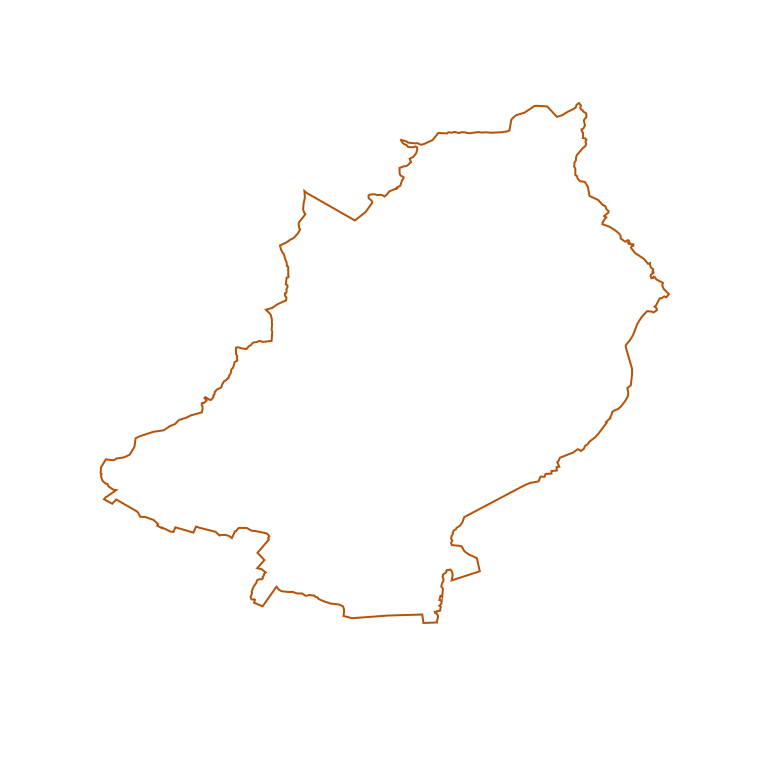 the district of Pomezeu, Bihor, Romania, rotated 349°
{"feature_id": "2599482B80861460675946", "entity_name": "Pomezeu", "entity_type": "district", "adm_level": 2, "iso_a3": "ROU", "parent_name": "Romania", "parent_adm1": "Bihor", "projection": "robinson", "projection_center": [22.3, 46.795], "detail": "fine", "context": "isolated", "style": "outline", "palette": "amber", "viewbox_px": 768, "rotation_deg": 349, "n_neighbors": 0, "source": "geoboundaries", "source_scale": "gbopen_adm2", "svg_char_len": 6138}
<svg xmlns="http://www.w3.org/2000/svg" viewBox="0 0 768 768"><g transform="rotate(349 384 384)"><path d="M441.9,572.6L435.0,567.7L431.1,563.7L429.3,558.4L428.1,557.5L419.9,555.1L419.5,552.8L421.2,550.8L420.4,548.5L421.4,545.9L422.0,545.7L423.1,544.0L423.0,543.2L424.6,541.1L427.1,540.2L427.7,539.1L431.6,537.6L434.7,534.5L437.3,530.0L500.9,510.7L508.1,509.0L517.1,509.1L520.0,504.8L523.9,505.7L525.4,503.1L531.3,503.9L531.8,501.4L537.2,501.9L537.5,498.6L540.3,498.6L539.1,493.9L540.6,492.8L542.7,489.9L556.8,487.3L561.6,485.0L563.0,485.7L564.5,487.3L567.9,485.7L569.5,483.2L572.3,482.1L574.5,479.9L581.2,476.5L584.4,474.2L595.2,464.5L594.6,463.8L600.0,460.4L599.8,459.7L601.5,457.5L602.8,454.9L605.2,453.9L608.8,453.3L612.0,451.5L617.3,446.9L621.2,442.4L622.1,439.5L622.1,434.4L625.9,432.5L629.4,421.8L630.4,416.2L628.3,393.7L628.8,392.0L633.8,387.9L637.8,383.5L644.3,373.1L649.7,367.4L656.2,362.7L660.3,363.9L662.3,365.2L666.1,363.5L665.9,361.4L664.4,359.6L666.0,358.8L670.4,353.2L671.3,352.4L672.7,352.8L675.8,351.5L677.6,352.8L680.8,350.2L676.7,344.0L675.9,340.4L677.1,338.0L671.3,333.3L670.1,330.7L669.2,330.1L668.3,331.3L666.7,331.2L666.3,328.8L666.8,327.7L669.8,326.4L669.7,324.9L669.1,324.9L670.1,322.6L668.2,320.5L667.8,317.3L668.2,316.1L666.1,316.4L663.2,311.0L655.5,303.4L652.4,297.4L653.7,295.8L655.0,296.0L655.3,295.3L654.7,294.8L655.0,294.4L650.9,293.1L650.6,292.0L651.9,291.8L651.4,290.9L651.8,290.2L651.4,289.6L650.3,289.3L648.5,290.4L647.3,289.7L644.0,286.2L644.6,283.8L643.7,281.5L640.6,277.6L635.7,272.9L628.9,268.8L629.3,267.4L631.9,264.4L634.0,262.8L632.1,261.1L636.7,258.7L637.5,257.2L635.6,254.6L635.2,251.6L633.0,250.1L629.3,244.2L621.6,238.6L621.8,229.5L619.7,223.9L615.0,222.3L613.2,219.2L613.2,216.8L611.7,215.5L612.9,209.1L612.1,206.6L612.6,205.8L613.0,203.4L615.1,200.9L615.9,197.9L617.1,196.0L624.3,190.3L626.9,189.0L628.3,186.9L628.0,184.3L629.3,183.0L628.4,181.3L626.2,180.5L627.3,175.5L626.7,174.4L626.4,171.8L628.5,171.2L630.6,168.6L630.5,163.6L631.6,161.9L633.3,161.0L634.0,159.0L634.1,156.8L631.6,154.6L631.2,153.2L629.6,151.8L629.3,150.2L630.5,148.3L629.0,145.4L626.3,146.7L624.9,149.2L622.9,150.1L615.4,152.1L610.4,154.1L604.8,154.8L597.2,142.7L587.7,140.2L584.9,139.8L573.6,144.5L565.1,145.3L561.8,147.1L559.8,148.5L559.0,149.9L555.5,159.1L553.5,159.5L548.3,159.4L537.6,157.9L532.3,156.4L527.6,155.8L524.9,154.7L515.7,154.2L510.3,152.0L507.2,151.6L505.3,151.9L500.9,149.9L498.8,150.3L495.2,149.2L493.8,150.1L485.2,147.9L478.3,153.8L469.4,156.0L466.1,156.3L462.7,153.9L461.1,153.9L453.6,151.6L452.7,150.4L447.4,147.6L447.1,147.9L448.2,150.7L449.2,152.1L451.7,153.7L452.9,156.0L457.7,157.2L460.2,156.8L461.5,157.9L461.5,159.8L459.5,163.8L455.9,166.7L452.2,167.8L452.9,171.5L451.7,171.7L450.2,173.1L447.4,174.4L444.9,174.1L440.4,174.9L439.5,180.8L440.1,182.6L442.7,184.7L442.3,185.9L440.4,187.8L437.8,192.5L434.0,193.6L434.3,194.4L433.2,194.9L432.1,194.7L426.5,195.8L424.9,196.7L423.3,198.4L420.2,200.1L418.5,198.4L416.5,197.5L413.9,197.4L410.5,195.8L405.7,195.4L404.7,196.2L404.4,198.7L406.8,201.6L407.1,203.8L398.7,211.7L386.6,217.9L344.2,181.4L342.7,179.4L341.9,185.9L339.3,192.1L337.9,197.4L338.3,200.1L339.2,202.4L331.3,209.2L330.5,212.0L330.6,215.5L331.2,216.2L328.5,219.5L323.3,223.4L319.7,224.4L315.2,226.4L308.3,228.2L308.5,232.0L309.4,235.4L310.5,237.6L310.9,242.9L311.6,246.1L311.2,249.8L312.2,250.4L312.2,252.1L311.6,253.4L311.6,255.2L310.8,258.3L310.9,260.4L310.3,261.1L309.0,260.9L308.5,261.6L306.7,267.5L308.0,268.7L307.8,270.5L306.2,272.6L306.0,274.8L305.0,276.2L304.1,276.1L303.7,278.4L304.7,280.3L303.9,283.2L294.9,285.3L288.6,288.0L282.3,288.6L285.3,293.0L286.1,294.9L286.2,299.9L285.6,302.0L285.6,303.9L284.1,309.0L284.2,311.8L281.9,320.2L273.2,319.6L270.0,317.9L267.0,318.6L264.0,318.3L262.5,318.9L261.0,320.3L258.6,321.1L255.7,323.4L251.4,322.0L247.5,320.0L245.6,320.2L244.4,326.3L245.3,328.8L244.6,330.0L244.6,332.9L241.6,334.0L239.0,339.2L237.0,340.5L235.3,344.7L233.9,345.9L232.4,348.5L232.2,348.3L229.0,350.6L227.9,350.5L227.1,351.2L224.8,353.8L223.8,356.0L222.8,356.7L218.9,357.5L216.4,359.5L215.5,362.0L214.3,362.6L214.0,364.4L210.9,366.8L208.9,365.5L206.7,363.2L205.8,362.9L205.1,363.5L206.4,365.5L206.7,366.5L203.2,368.4L202.6,367.9L201.5,368.1L201.0,370.1L201.6,371.2L201.1,374.1L199.6,377.2L188.8,377.9L183.6,379.3L177.0,380.1L174.9,380.8L171.3,383.4L165.8,384.5L158.9,387.4L148.3,386.9L133.7,388.8L129.8,389.9L127.1,398.0L120.9,404.9L114.9,406.4L107.2,406.1L105.2,407.0L103.1,407.0L96.6,404.9L90.3,411.8L88.9,417.2L88.9,418.1L89.5,418.4L88.6,420.7L89.1,424.7L89.7,426.2L91.8,428.6L93.5,429.5L94.0,431.9L97.8,435.8L100.9,437.1L88.7,442.4L87.2,443.7L94.3,449.7L99.1,446.3L117.0,461.8L118.0,463.3L119.4,467.8L124.5,469.1L131.9,473.5L135.5,478.5L134.3,479.8L138.6,483.2L138.9,482.6L146.4,488.2L149.1,489.0L151.9,484.9L168.6,493.5L172.3,488.1L175.4,489.9L190.4,496.9L193.6,501.3L195.6,501.1L199.5,501.9L202.6,503.4L205.3,506.2L209.7,500.1L210.5,500.4L213.3,497.9L214.5,497.6L221.9,499.2L226.0,502.7L230.0,503.9L240.0,508.1L241.7,510.0L242.4,511.7L240.8,513.1L241.3,514.7L227.6,525.6L233.0,534.0L224.4,540.6L228.6,542.5L232.0,546.5L230.3,547.2L229.4,549.2L228.1,550.2L228.1,551.4L227.2,552.3L224.2,551.9L222.7,552.1L221.6,552.9L220.7,554.9L217.6,557.7L215.1,561.5L214.6,562.4L214.6,564.2L212.4,567.4L212.6,569.6L213.3,570.4L215.6,570.6L216.2,571.1L214.7,573.9L222.4,579.1L239.7,562.5L241.7,566.0L244.0,567.9L250.0,569.8L254.9,570.7L258.4,572.9L263.6,574.0L266.6,576.9L270.8,577.0L275.5,578.6L276.2,580.0L278.1,580.9L278.8,582.6L283.6,585.9L289.4,589.2L297.6,591.8L301.2,594.3L301.7,596.8L301.5,599.4L300.0,604.0L308.0,607.8L344.2,612.1L377.6,617.6L377.1,626.1L390.5,628.2L390.7,626.7L392.7,623.0L392.7,621.3L391.9,619.8L391.9,618.9L390.6,618.7L390.4,617.4L391.9,617.9L392.7,617.0L395.8,617.2L397.2,613.5L396.0,612.2L398.4,610.7L398.8,608.6L399.3,608.3L399.2,607.2L397.2,606.6L398.9,602.8L400.0,602.6L400.5,604.1L402.8,596.1L401.6,593.7L403.3,590.1L404.5,589.3L405.2,586.7L404.7,584.4L405.3,583.5L405.4,582.4L409.3,580.6L409.5,579.1L409.8,578.8L414.0,578.9L415.1,582.0L414.8,585.3L412.9,589.7L442.3,586.1L441.9,572.6Z" fill="none" stroke="#b45309" stroke-width="2"/></g></svg>